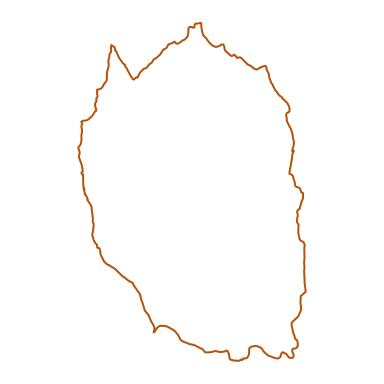 outline of San Antonio Del Tequendama, Cundinamarca, Colombia
{"feature_id": "7082276B32328696535418", "entity_name": "San Antonio Del Tequendama", "entity_type": "district", "adm_level": 2, "iso_a3": "COL", "parent_name": "Colombia", "parent_adm1": "Cundinamarca", "projection": "equal_earth", "projection_center": [-74.349, 4.601], "detail": "fine", "context": "isolated", "style": "outline", "palette": "amber", "viewbox_px": 384, "rotation_deg": 0, "n_neighbors": 0, "source": "geoboundaries", "source_scale": "gbopen_adm2", "svg_char_len": 5856}
<svg xmlns="http://www.w3.org/2000/svg" viewBox="0 0 384 384"><path d="M291.2,129.9L290.3,127.7L289.7,127.0L289.0,125.3L287.4,122.3L286.7,120.3L286.7,118.1L286.1,114.9L286.6,113.4L287.3,112.7L288.2,112.5L289.5,111.4L289.6,110.7L289.4,107.4L288.0,104.3L287.0,102.7L284.7,100.4L282.6,98.6L281.8,97.1L279.5,95.6L278.2,94.0L276.4,91.2L275.1,90.2L274.7,89.1L273.6,87.1L272.6,84.6L271.3,83.0L270.4,80.4L269.4,78.2L268.9,74.9L268.3,72.8L266.7,69.8L266.2,66.7L265.4,65.9L264.3,66.0L260.8,67.3L259.0,68.3L257.7,69.2L256.4,69.5L255.3,69.2L253.0,67.9L251.8,66.6L249.7,65.3L248.1,64.7L246.7,63.5L241.3,58.0L240.3,57.4L238.6,57.4L237.2,58.0L236.5,57.5L236.3,56.9L235.9,56.3L235.2,55.6L234.7,54.9L233.8,54.9L233.0,55.5L231.6,56.2L229.5,54.6L225.3,50.8L224.5,48.9L224.4,47.0L223.4,44.6L222.5,44.4L221.3,44.6L219.9,45.6L217.8,46.6L215.7,46.9L213.6,46.2L210.9,44.2L208.8,42.0L206.1,38.2L203.2,35.3L202.1,31.2L201.5,28.1L201.2,23.2L200.3,23.0L197.3,23.6L195.5,23.6L194.8,24.5L194.5,26.0L194.4,27.3L193.6,27.8L192.4,27.3L190.5,26.9L189.4,27.1L188.5,28.3L188.3,33.2L187.6,36.3L186.6,37.7L184.5,39.6L183.6,40.2L182.3,40.6L181.4,41.3L180.5,42.2L178.0,43.6L177.1,43.8L176.1,43.4L175.6,42.9L175.2,42.2L174.6,41.8L174.2,41.7L173.4,42.4L171.5,43.4L169.0,44.2L167.8,45.3L167.3,46.7L166.6,47.8L164.7,49.1L163.9,49.3L163.3,49.7L160.2,54.5L156.0,58.2L154.4,58.8L153.5,59.7L152.1,62.1L151.3,63.1L150.5,63.5L149.1,64.5L147.5,66.7L146.6,67.8L145.2,68.4L143.7,68.8L142.6,69.9L141.5,71.2L140.2,72.3L139.8,73.0L138.5,75.7L137.3,77.6L136.5,77.3L135.3,78.1L134.1,79.4L133.1,79.4L132.5,78.8L132.2,77.9L130.9,76.3L130.0,74.7L128.1,71.2L126.7,68.2L125.7,67.1L125.2,66.3L125.1,65.4L124.8,64.6L123.8,64.0L122.6,62.9L121.7,61.5L119.2,58.0L118.1,55.9L116.8,52.5L116.3,51.4L115.2,50.4L115.0,49.6L114.9,48.2L114.7,47.5L114.0,46.6L112.8,46.4L111.5,45.3L111.3,45.7L111.0,46.8L110.9,47.6L111.1,49.2L111.0,51.7L110.6,52.7L109.5,54.0L109.2,58.0L108.6,59.3L108.4,60.6L108.4,61.8L108.7,63.5L108.6,66.5L107.8,69.5L106.9,72.8L106.9,78.3L106.7,80.2L106.2,81.3L104.0,84.1L102.5,86.9L101.8,87.9L101.1,88.5L98.3,89.5L97.2,89.6L97.0,90.5L97.3,91.8L97.0,92.3L96.9,93.4L97.0,94.1L97.5,95.2L97.6,96.5L97.4,97.0L96.7,97.7L96.3,98.6L96.5,101.2L96.3,101.6L95.6,102.3L95.2,103.4L95.1,105.5L95.4,107.0L96.2,109.7L96.3,110.6L94.9,111.6L94.0,112.9L93.5,114.1L92.4,115.8L91.5,116.7L89.9,118.0L88.7,119.2L87.4,120.0L85.8,120.5L83.3,120.7L82.1,121.2L81.4,121.9L81.6,122.7L82.1,123.3L82.1,124.4L81.6,125.4L81.4,126.4L82.0,130.1L82.0,132.1L81.4,135.1L81.4,136.7L81.5,139.8L81.3,141.2L80.5,144.6L79.0,146.6L78.4,147.2L78.3,148.6L79.2,150.4L79.7,152.4L78.9,157.1L81.8,165.1L82.6,169.9L82.7,171.5L81.4,173.0L82.9,175.5L83.0,175.4L83.2,179.1L83.2,183.4L83.7,189.0L84.3,188.8L84.2,190.6L84.6,191.9L84.8,193.5L85.0,194.4L85.3,194.4L86.1,195.8L87.3,198.2L87.7,199.5L87.4,199.9L90.7,204.9L91.6,206.9L91.8,211.1L92.4,213.6L92.6,216.8L92.9,218.1L92.7,221.0L92.8,221.9L93.6,223.5L93.7,224.5L93.7,225.8L93.4,227.1L93.5,228.0L92.3,234.4L92.4,235.9L93.2,238.1L93.4,239.3L93.7,240.3L94.5,241.3L94.7,242.2L95.4,243.2L96.5,244.2L97.0,245.1L97.1,247.0L97.3,247.5L97.8,248.0L98.7,248.0L99.3,248.2L99.7,248.9L100.4,251.8L100.6,254.4L101.3,256.2L102.4,257.9L104.0,261.5L104.5,261.8L106.1,263.5L107.7,264.8L108.9,265.1L110.2,265.8L112.4,267.4L114.4,268.4L116.6,270.3L119.2,273.0L122.6,276.3L123.5,276.9L124.0,276.9L124.6,277.7L128.9,281.0L130.5,281.8L132.4,282.6L133.3,284.2L134.2,286.3L135.2,287.4L137.5,290.8L139.1,292.8L140.1,294.5L141.0,298.7L143.0,304.4L144.6,309.9L145.0,310.8L146.6,312.7L148.8,315.6L149.4,317.3L151.1,321.2L151.7,322.4L152.4,323.3L154.0,326.4L154.4,327.5L154.4,329.8L153.8,331.5L153.6,333.0L155.5,330.4L156.7,328.5L158.6,326.6L160.3,325.8L165.4,326.0L167.8,326.8L171.1,328.7L172.7,329.5L174.9,331.1L178.1,335.0L180.7,340.0L182.2,341.1L184.2,342.0L189.4,344.0L194.4,345.1L200.5,348.3L201.8,348.7L202.8,349.4L205.0,352.2L206.5,352.4L207.9,352.4L211.7,352.1L214.5,351.1L216.6,351.2L218.9,351.9L221.2,352.0L223.8,351.7L226.9,350.6L227.6,351.2L228.7,353.5L229.1,354.8L229.4,357.5L229.8,358.9L230.4,359.6L234.3,360.6L236.9,360.6L238.5,361.0L240.7,359.9L241.0,359.6L241.5,360.0L241.9,360.1L242.8,359.5L243.3,358.9L243.3,358.5L243.6,358.4L245.4,358.5L246.5,358.1L247.1,357.7L248.4,355.9L249.1,353.4L249.2,348.7L249.5,348.1L251.1,346.8L252.2,346.5L255.5,346.0L257.5,346.2L259.1,347.0L260.1,347.3L261.7,348.5L263.5,351.3L267.0,354.7L268.8,355.9L270.5,356.3L273.3,357.5L276.4,358.4L277.9,358.5L279.1,358.0L280.2,357.2L280.6,356.2L281.2,354.0L281.7,353.0L282.1,352.5L282.6,352.3L283.5,352.5L286.2,353.9L288.9,357.5L290.5,357.9L292.4,357.9L293.2,357.2L293.6,356.2L293.6,355.0L293.5,354.4L292.9,353.0L292.2,351.7L292.3,349.7L292.6,349.1L292.9,348.8L295.8,348.3L296.8,347.5L297.5,346.5L297.9,344.6L297.5,341.6L297.0,340.2L295.6,339.2L295.1,338.5L294.5,336.1L293.0,332.0L292.6,329.3L291.9,326.6L291.5,324.0L292.0,322.7L292.7,321.5L297.7,317.0L298.7,315.5L299.0,314.7L300.9,310.2L301.0,309.5L301.0,306.9L300.9,305.7L300.5,303.6L300.6,298.3L300.8,296.1L305.7,291.7L305.0,285.6L304.6,283.4L304.6,280.2L304.2,272.4L304.1,271.1L304.5,267.4L304.1,263.4L304.3,259.9L304.5,258.9L304.3,247.8L304.4,246.9L304.7,246.2L304.6,245.1L304.3,243.7L303.6,242.5L302.7,241.6L300.8,240.7L299.8,239.5L299.4,238.3L298.3,233.0L298.4,227.8L298.6,226.0L298.4,224.5L297.1,222.3L296.8,220.9L297.7,216.1L297.7,213.8L297.2,212.4L297.1,211.4L297.6,210.5L298.3,209.7L299.5,209.1L301.4,202.2L302.7,199.1L303.1,197.1L303.1,195.1L302.9,192.9L302.5,192.6L301.3,192.4L300.1,188.8L299.3,187.8L296.5,186.9L295.4,186.0L295.1,185.2L294.7,182.0L293.6,178.9L293.0,176.3L292.2,175.0L291.2,174.4L289.9,174.1L289.5,173.7L289.5,172.4L289.8,170.0L290.8,165.2L291.7,159.9L292.4,154.2L293.8,151.3L293.7,150.8L293.3,150.7L292.4,151.1L292.1,150.8L292.2,150.2L292.9,148.4L293.4,146.7L294.0,143.5L293.8,141.2L292.9,137.7L292.4,133.5L291.2,129.9Z" fill="none" stroke="#b45309" stroke-width="2"/></svg>